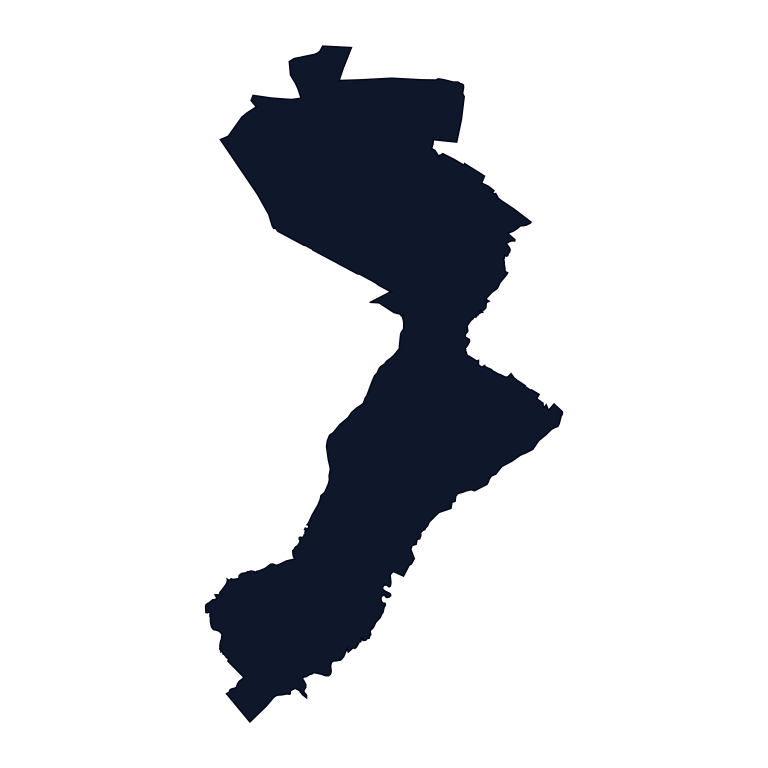 the district of Ozumba, México, Mexico
{"feature_id": "50627088B81799122508207", "entity_name": "Ozumba", "entity_type": "district", "adm_level": 2, "iso_a3": "MEX", "parent_name": "Mexico", "parent_adm1": "México", "projection": "albers", "projection_center": [-98.81, 19.016], "detail": "fine", "context": "isolated", "style": "filled", "palette": "ink", "viewbox_px": 768, "rotation_deg": 0, "n_neighbors": 0, "source": "geoboundaries", "source_scale": "gbopen_adm2", "svg_char_len": 6098}
<svg xmlns="http://www.w3.org/2000/svg" viewBox="0 0 768 768"><path d="M351.4,47.6L322.7,46.1L320.2,50.8L317.6,53.1L314.4,54.4L294.1,58.6L289.3,61.6L290.5,75.0L295.4,83.1L296.5,85.5L298.0,88.7L301.1,98.2L291.8,99.5L287.8,99.3L271.1,98.0L253.1,95.4L251.1,100.5L256.3,106.9L247.3,112.7L241.9,117.1L228.2,136.3L220.4,139.6L257.5,194.3L268.8,214.5L272.2,225.8L273.7,228.4L275.7,228.4L277.2,230.6L278.3,231.5L304.2,245.4L304.7,245.1L305.2,245.3L309.3,247.5L312.4,249.2L312.7,249.9L357.8,274.0L358.9,273.9L360.9,274.8L376.4,283.3L378.3,285.0L391.4,292.1L388.9,292.7L371.0,302.0L369.7,302.3L379.0,302.8L394.1,312.6L400.2,314.1L401.4,316.0L403.1,315.5L402.5,317.4L403.5,320.6L403.7,323.3L403.7,328.2L403.1,329.9L401.5,332.0L400.7,333.8L399.4,346.0L399.4,348.6L394.2,355.0L390.8,358.2L386.7,361.1L384.7,363.9L380.4,366.8L379.0,368.8L377.0,373.3L374.6,375.8L372.2,381.3L366.9,395.6L365.4,397.7L363.3,403.4L360.9,405.3L357.0,407.8L352.7,411.5L351.3,412.9L348.1,417.7L339.9,424.5L333.2,432.8L330.2,434.7L329.3,435.8L327.4,440.7L326.5,446.3L328.3,459.5L330.1,467.3L330.3,469.7L329.1,475.7L329.4,479.8L328.5,483.6L325.1,491.6L324.2,492.9L321.0,495.5L320.2,499.6L317.8,505.3L312.3,514.8L308.6,522.8L307.1,524.8L309.1,525.6L308.0,529.0L305.3,528.1L304.5,529.7L306.0,530.5L304.8,532.7L305.2,533.2L304.8,535.2L304.0,535.1L303.9,536.0L302.8,537.5L300.0,537.2L299.3,537.6L299.2,539.3L300.2,540.7L299.2,543.7L298.5,544.1L298.0,545.4L295.3,547.2L293.8,549.8L292.7,550.8L293.2,556.0L295.0,558.9L286.4,561.0L278.9,564.6L276.8,565.2L275.9,565.2L272.6,564.0L270.7,564.2L265.0,568.5L259.6,570.7L256.6,571.4L256.3,572.7L255.9,572.9L255.4,572.2L254.3,571.6L251.0,571.0L249.3,571.6L247.6,571.7L246.0,572.8L241.6,573.5L239.2,575.4L239.0,577.4L238.3,578.7L232.5,579.5L231.8,578.9L231.1,578.8L230.1,579.9L229.4,580.1L228.6,580.1L227.2,579.1L227.4,580.9L226.4,583.8L224.2,587.1L220.0,592.4L219.3,595.2L216.9,594.7L215.1,594.9L216.6,597.5L215.9,599.5L212.7,599.8L209.2,602.7L207.3,603.7L206.2,604.5L205.6,606.0L205.9,612.5L207.1,612.8L209.4,612.1L210.2,613.0L209.9,616.2L210.8,617.9L210.4,618.3L210.5,622.1L211.4,626.6L212.5,628.5L214.0,629.8L215.2,629.8L219.3,631.2L222.1,634.2L221.3,639.9L220.7,641.0L219.9,645.3L220.0,648.0L219.7,648.9L220.9,650.7L220.9,651.9L222.3,651.3L223.2,654.2L224.1,654.2L226.5,657.5L228.7,659.0L227.9,661.1L243.7,677.1L242.6,678.8L239.1,681.4L237.6,683.8L236.3,687.4L234.4,688.3L231.6,688.9L229.9,690.0L229.2,692.2L226.5,693.7L249.9,721.9L266.4,705.9L273.6,697.4L275.8,695.8L277.9,695.1L281.6,694.9L287.0,693.9L289.7,694.2L290.2,693.7L290.3,691.3L291.2,690.2L295.2,688.3L299.6,690.6L300.5,692.4L301.6,693.1L302.2,694.4L306.5,697.8L306.6,695.5L306.0,694.3L304.3,692.6L303.9,691.3L304.0,690.1L305.8,687.4L305.8,684.7L303.7,680.5L303.1,680.0L302.7,678.7L302.9,677.5L304.6,676.8L306.4,676.6L309.9,674.3L311.9,674.0L313.8,672.6L320.7,674.0L325.7,675.7L328.6,675.7L330.1,674.5L330.9,672.9L331.2,671.4L330.6,665.7L331.4,662.7L332.2,661.7L333.8,660.9L335.7,660.9L340.7,660.0L343.6,656.8L347.1,648.3L348.3,652.1L352.2,648.5L353.6,647.9L354.4,647.9L354.9,648.4L356.6,646.9L359.5,641.6L360.7,641.7L361.6,638.3L362.4,638.2L363.0,640.4L365.1,640.3L366.0,639.9L367.0,638.6L369.1,638.2L370.0,635.2L370.8,634.7L370.1,631.5L370.5,630.4L373.3,627.6L375.8,622.3L380.3,617.5L381.8,613.8L382.9,612.6L384.2,607.0L385.3,605.6L385.3,604.0L384.9,603.2L383.1,603.2L381.6,601.6L380.9,599.1L381.2,597.0L382.6,595.6L384.1,594.9L384.7,595.1L385.6,596.7L386.9,597.6L389.3,597.0L390.7,595.6L390.4,594.0L389.2,593.1L385.1,591.2L382.5,589.0L382.9,586.4L384.5,585.1L386.0,585.0L386.9,585.1L388.6,586.6L389.4,586.8L390.0,586.4L390.5,585.5L390.9,582.3L390.2,575.6L390.4,574.5L393.2,571.4L403.5,576.1L409.2,565.1L411.3,564.1L414.3,558.7L410.8,549.5L412.0,545.5L416.1,544.3L417.2,539.2L419.6,538.9L420.8,536.0L420.6,532.9L422.5,530.6L424.9,529.5L425.3,528.2L427.6,525.8L429.2,522.0L438.8,512.5L451.0,508.3L451.9,502.5L452.6,502.0L455.1,501.3L455.7,496.3L457.7,493.6L463.4,492.0L466.3,490.8L469.9,490.0L471.7,489.7L473.5,490.5L474.4,490.4L474.6,490.7L487.1,484.2L488.3,481.9L489.2,479.1L491.5,475.9L495.6,474.2L501.8,466.5L512.4,460.8L520.3,455.2L526.4,452.6L532.8,449.3L538.8,440.5L546.2,434.5L551.1,429.6L554.0,427.8L557.9,426.4L559.3,423.4L561.1,416.2L562.3,414.3L562.4,411.8L554.1,404.0L548.5,410.4L546.2,404.8L544.7,407.0L544.1,407.2L543.1,405.3L543.0,403.2L536.7,398.7L539.1,394.4L531.4,389.8L530.5,390.2L524.7,386.2L525.2,385.7L516.8,380.1L514.0,377.8L511.1,373.7L507.8,377.0L505.3,377.1L499.9,374.4L499.0,374.4L491.6,370.3L491.7,369.7L485.0,366.7L484.7,365.5L481.7,367.2L478.5,364.9L478.5,360.4L476.8,361.1L468.8,356.0L467.7,356.4L466.2,352.8L466.4,352.2L465.3,350.9L465.7,349.6L465.1,348.6L467.8,345.0L469.5,341.6L469.4,339.5L465.1,336.9L465.6,333.8L467.1,332.3L467.8,331.0L467.1,325.9L469.9,321.7L471.0,320.3L472.9,318.8L474.2,316.9L475.8,317.1L476.5,316.6L477.0,315.3L477.7,314.5L478.1,314.8L478.5,314.0L480.5,312.7L481.5,312.3L483.4,312.3L479.7,310.7L483.8,310.0L485.8,307.8L486.4,302.6L489.1,301.2L485.9,299.3L486.9,297.7L491.5,292.6L496.9,288.7L498.1,286.9L500.0,282.6L506.7,274.6L507.6,272.7L506.5,272.4L505.3,271.3L505.1,270.6L504.8,269.8L505.0,268.4L504.3,264.9L504.2,261.6L503.7,259.4L503.2,258.6L504.2,258.3L504.7,255.3L506.5,256.2L507.7,255.6L508.5,253.3L509.5,252.1L510.1,250.4L510.1,249.5L509.4,247.8L506.9,244.3L506.6,243.5L506.9,242.6L508.1,242.5L509.1,241.4L510.0,241.6L510.8,240.9L511.7,241.1L512.7,240.7L514.2,241.1L514.8,240.8L514.9,239.7L509.1,234.7L508.4,233.6L508.6,232.9L512.9,231.3L516.8,228.9L520.5,225.8L523.4,225.7L526.8,224.9L530.3,223.1L531.0,222.1L513.5,208.8L501.1,200.5L498.3,198.2L495.7,193.5L494.5,194.1L492.3,192.4L493.9,190.8L490.9,188.2L488.5,186.4L481.6,183.0L484.5,176.1L464.6,163.6L464.2,165.4L454.1,159.4L442.7,153.6L440.9,155.0L439.2,155.4L438.4,157.2L437.5,154.4L434.9,150.4L431.6,148.5L433.0,144.0L433.4,139.7L456.7,142.1L461.4,119.5L464.2,96.6L462.6,93.5L463.6,87.3L463.4,85.0L461.8,83.9L460.1,83.8L459.4,82.8L457.7,82.0L453.4,82.1L444.6,79.9L438.5,78.8L435.8,80.0L421.6,79.8L391.7,78.2L359.3,79.9L339.1,80.5L343.0,68.8L351.4,47.6Z" fill="#0f172a" stroke="#020617" stroke-width="1.5"/></svg>